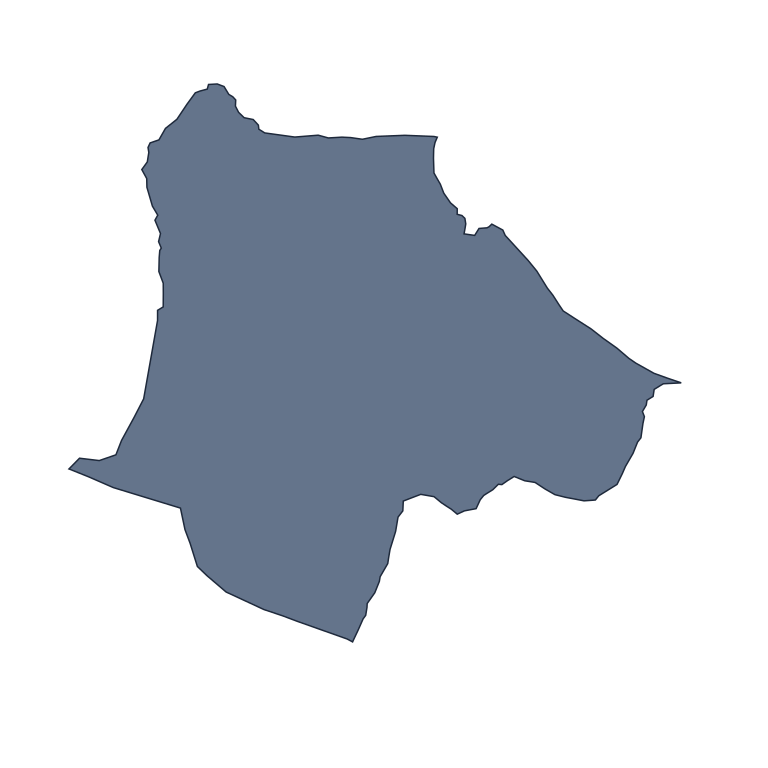 Wamba, Nassarawa, Nigeria (Robinson projection), rotated 102°
{"feature_id": "59680162B37281482686762", "entity_name": "Wamba", "entity_type": "district", "adm_level": 2, "iso_a3": "NGA", "parent_name": "Nigeria", "parent_adm1": "Nassarawa", "projection": "robinson", "projection_center": [8.68, 9.001], "detail": "fine", "context": "isolated", "style": "filled", "palette": "slate", "viewbox_px": 768, "rotation_deg": 102, "n_neighbors": 0, "source": "geoboundaries", "source_scale": "gbopen_adm2", "svg_char_len": 2318}
<svg xmlns="http://www.w3.org/2000/svg" viewBox="0 0 768 768"><g transform="rotate(102 384 384)"><path d="M131.5,383.2L131.5,386.6L136.4,415.3L143.5,443.2L149.1,456.0L149.9,467.9L151.3,476.5L154.9,489.6L154.3,500.1L161.0,522.6L163.2,552.9L160.8,559.4L156.9,560.7L152.5,566.9L152.6,576.2L148.5,582.7L143.1,587.1L137.0,588.1L134.5,591.6L133.0,596.0L126.3,602.3L125.2,609.5L127.5,617.9L132.3,618.2L135.7,624.9L138.4,629.1L151.1,634.8L168.1,641.6L179.4,650.9L192.0,654.9L196.8,662.9L201.7,664.0L206.4,662.2L216.0,661.7L224.6,665.5L232.4,658.8L240.9,656.8L245.9,654.1L258.2,647.5L265.9,640.4L271.4,642.1L283.3,633.9L291.6,634.1L297.4,630.1L300.0,631.1L307.0,630.2L320.8,627.6L331.3,620.9L341.3,618.7L354.5,616.0L359.0,620.8L369.0,618.7L448.5,616.0L468.6,621.5L493.8,629.0L509.0,631.5L518.1,646.6L519.9,666.4L532.6,674.5L536.2,653.7L541.6,627.2L547.7,557.3L567.8,548.4L580.2,540.5L601.3,528.6L608.3,517.3L620.3,495.2L629.6,454.5L631.8,435.1L634.2,419.3L641.1,367.0L642.8,361.1L640.5,360.6L630.8,358.3L629.5,358.0L618.1,355.6L614.1,353.8L606.0,354.2L602.2,354.8L590.1,349.6L578.1,347.5L573.3,347.7L558.9,343.0L551.7,343.4L544.6,343.7L527.1,342.1L525.5,342.0L511.3,342.6L504.2,339.2L494.5,340.8L489.4,333.0L484.3,325.1L484.1,319.7L483.8,311.6L488.2,303.2L490.4,297.7L492.5,292.1L496.1,285.3L491.4,279.0L488.9,273.1L486.8,268.0L477.2,265.8L472.3,263.3L469.8,260.8L464.8,255.6L458.3,251.3L457.9,247.8L452.4,242.7L451.9,242.1L447.4,237.5L449.4,226.2L449.0,218.4L448.9,215.7L453.2,204.7L456.7,193.8L457.1,182.8L456.9,174.7L456.7,164.1L454.2,155.3L453.5,153.1L448.7,150.7L441.2,142.9L433.8,135.2L430.3,134.3L421.9,132.2L414.5,130.7L400.1,126.0L388.1,123.9L383.2,121.5L368.7,122.5L361.8,122.5L357.2,125.5L350.0,123.1L345.2,123.4L340.2,118.2L333.1,118.6L328.1,113.4L325.7,110.8L321.1,93.5L319.3,108.4L317.4,122.2L311.2,142.1L308.0,149.8L300.5,163.6L293.8,179.1L287.1,192.8L279.7,212.4L275.3,223.9L269.9,229.5L262.0,237.3L256.2,244.2L241.8,258.0L233.2,268.7L223.7,282.0L216.9,291.5L213.5,296.3L208.7,299.8L205.2,311.8L208.3,313.9L209.8,315.7L212.1,323.4L219.8,326.2L220.5,336.9L214.6,337.1L210.4,337.3L205.2,339.3L203.0,342.8L202.8,347.7L197.3,348.8L193.0,356.6L184.9,365.2L176.9,370.4L171.9,374.9L167.2,379.0L153.0,382.5L147.8,383.5L143.5,384.3L137.2,384.3L131.5,383.2Z" fill="#64748b" stroke="#1e293b" stroke-width="1.5"/></g></svg>